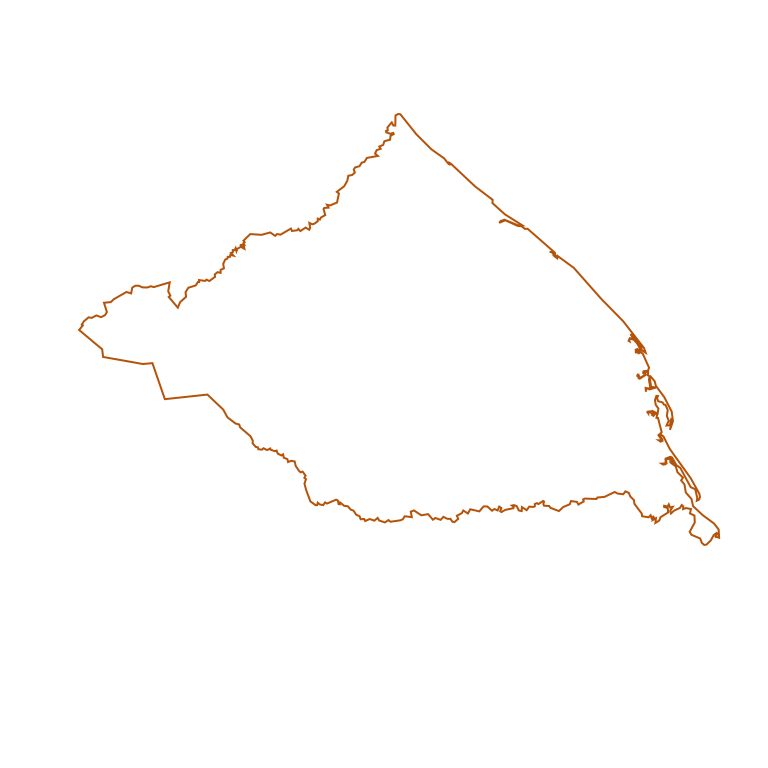 Antón, Coclé, Panama, rotated 252°
{"feature_id": "35544464B51577894822537", "entity_name": "Antón", "entity_type": "district", "adm_level": 2, "iso_a3": "PAN", "parent_name": "Panama", "parent_adm1": "Coclé", "projection": "mercator", "projection_center": [-80.226, 8.473], "detail": "fine", "context": "isolated", "style": "outline", "palette": "amber", "viewbox_px": 768, "rotation_deg": 252, "n_neighbors": 0, "source": "geoboundaries", "source_scale": "gbopen_adm2", "svg_char_len": 6167}
<svg xmlns="http://www.w3.org/2000/svg" viewBox="0 0 768 768"><g transform="rotate(252 384 384)"><path d="M145.6,629.8L139.3,637.0L134.6,637.2L132.0,638.8L131.6,641.1L134.2,646.4L138.5,651.0L139.5,654.3L138.4,654.6L135.8,651.5L136.1,652.7L134.2,655.2L142.2,657.3L149.3,654.8L160.6,646.7L172.3,640.2L179.6,640.9L187.6,637.5L195.6,638.7L200.5,636.8L202.6,639.4L209.6,635.8L215.4,636.1L220.8,632.2L222.3,632.4L224.1,634.3L225.3,628.9L221.2,628.2L220.7,626.9L221.1,624.5L222.5,623.4L221.5,627.3L226.0,628.7L226.3,633.8L225.1,635.2L216.6,637.0L212.6,639.9L191.1,643.8L187.7,647.5L178.7,646.7L176.3,645.4L176.6,647.7L178.6,649.5L182.1,650.0L199.2,646.7L234.0,635.7L247.6,633.6L250.8,631.4L248.9,630.4L245.4,631.6L243.9,631.3L243.7,629.3L245.6,627.8L244.5,631.0L250.5,629.2L252.3,633.2L267.1,634.1L267.6,632.7L270.5,634.3L272.2,633.2L270.4,630.4L271.8,629.4L273.0,631.9L274.6,631.2L273.9,629.3L275.8,626.6L274.5,626.2L275.9,625.8L276.1,626.9L275.7,629.0L274.4,629.8L275.5,630.9L271.3,635.1L275.9,637.4L280.2,636.0L284.9,636.7L289.2,639.9L287.0,639.1L288.4,641.7L286.6,639.4L283.0,639.4L280.3,643.3L278.0,643.8L277.1,645.3L271.5,645.8L266.3,643.1L261.1,643.5L257.2,639.9L256.4,643.1L261.6,646.2L260.6,646.7L252.0,641.8L259.3,647.3L268.8,649.1L284.9,646.5L298.2,642.0L302.9,642.3L308.5,640.0L306.8,638.4L298.8,637.2L296.6,641.4L296.8,634.9L299.1,632.0L295.7,630.7L299.4,631.6L297.8,634.6L298.5,636.2L306.4,637.3L309.2,639.1L310.6,637.7L313.7,638.8L315.2,635.2L311.9,636.0L310.0,628.9L311.1,627.9L313.7,628.6L312.9,626.8L314.4,628.1L313.4,629.0L310.8,628.5L311.3,632.5L312.4,635.3L314.6,633.9L315.9,634.8L315.1,639.3L317.6,641.1L332.7,639.5L335.1,637.9L334.5,636.2L335.0,635.5L338.4,635.5L338.3,634.4L335.8,634.4L336.2,633.3L338.8,634.0L339.0,635.7L337.4,636.7L335.1,636.0L335.5,637.0L338.6,638.4L344.4,637.3L348.8,635.3L350.9,632.7L350.2,630.7L348.7,630.7L349.5,630.0L351.6,632.0L349.7,635.4L355.3,633.8L347.0,637.9L339.5,640.0L336.4,639.6L332.9,642.5L337.8,642.4L369.7,630.9L398.1,616.8L435.8,600.4L452.6,588.3L452.8,586.3L451.2,588.2L450.0,587.6L452.9,585.6L456.9,584.8L458.5,582.4L457.4,585.1L453.7,586.6L456.1,587.1L487.3,568.5L488.0,565.9L491.7,563.4L492.9,560.2L502.2,550.0L501.7,543.4L503.0,545.4L503.0,549.4L493.5,560.5L492.1,564.6L508.0,551.4L522.6,543.0L525.5,544.3L543.7,531.7L572.3,516.0L575.4,513.6L571.8,515.0L573.4,513.4L580.2,510.8L592.4,501.7L611.6,491.9L635.5,482.9L636.4,480.9L635.8,477.9L626.3,474.6L626.9,472.8L630.4,472.2L626.9,466.5L624.1,466.0L624.0,464.1L622.7,463.9L620.1,467.2L619.9,470.4L618.7,470.5L618.0,466.9L614.5,465.3L614.8,459.4L611.6,457.1L611.3,452.9L608.7,453.5L608.7,449.3L605.9,446.7L602.8,448.6L604.3,437.6L601.3,434.1L601.4,431.2L598.7,428.0L598.9,423.4L597.3,421.5L594.1,421.6L592.6,418.2L593.1,414.4L588.6,411.9L584.4,407.3L581.3,398.5L579.1,400.0L571.1,395.4L570.5,387.8L572.1,385.2L568.9,385.7L569.9,381.6L569.1,380.6L562.8,380.3L561.8,375.4L560.2,373.8L561.7,372.1L559.3,371.3L558.0,367.5L558.0,365.2L560.3,362.8L555.3,362.0L553.8,360.5L557.0,357.8L555.3,351.7L558.0,350.5L557.0,349.1L558.0,343.7L560.6,343.5L558.0,331.7L559.7,328.6L558.5,326.3L563.3,322.6L563.7,313.7L567.9,303.1L563.7,294.6L562.0,295.3L561.3,293.7L559.5,294.2L560.8,289.9L558.3,293.3L555.7,293.0L558.7,290.3L557.9,286.2L556.0,284.8L559.1,284.9L557.4,283.2L558.1,281.6L556.0,280.9L555.9,278.9L552.6,280.5L554.2,277.7L552.5,276.7L553.2,274.6L551.7,273.9L551.4,271.4L547.9,268.2L543.5,267.5L543.0,263.9L540.2,262.9L541.8,260.3L540.5,256.9L538.1,256.4L535.9,249.7L538.1,247.4L537.3,245.8L540.0,240.2L538.1,239.7L538.5,238.6L535.9,235.3L536.0,227.6L532.6,223.6L528.1,222.7L524.8,215.3L520.3,211.5L533.3,206.2L534.0,208.1L538.8,207.4L546.9,211.6L547.3,195.0L549.0,192.5L548.9,188.8L550.6,184.0L553.3,181.1L554.3,177.7L553.5,174.4L548.3,171.5L551.1,167.4L548.1,153.1L546.3,149.5L547.8,142.8L538.1,142.7L535.7,140.0L535.0,135.6L538.1,131.6L537.2,126.5L538.7,123.7L536.4,118.0L533.8,114.9L532.8,115.7L529.6,110.7L504.1,126.7L496.5,125.2L477.5,160.9L475.4,170.2L437.3,170.9L428.5,212.8L409.3,223.2L400.7,224.8L392.3,230.6L390.2,233.8L387.2,233.8L375.5,240.9L370.7,241.7L368.1,240.7L363.8,242.6L362.8,244.4L360.7,244.4L359.3,247.7L360.1,249.6L357.3,252.4L357.8,255.9L356.6,255.8L353.8,259.4L353.9,261.3L350.7,261.4L347.8,264.2L348.3,266.3L344.9,265.9L342.4,268.9L339.4,268.7L339.7,271.8L338.0,275.1L333.3,274.7L327.5,276.4L325.8,277.4L325.8,279.5L321.1,281.1L319.4,279.3L317.6,280.4L313.9,277.6L307.7,277.2L295.1,277.7L289.9,281.5L289.5,283.0L291.6,284.3L289.3,285.7L287.6,288.7L289.6,291.4L287.9,292.9L288.8,302.7L287.5,304.1L283.8,303.7L283.2,304.8L284.8,305.7L280.5,308.4L278.8,311.9L275.0,313.4L272.9,315.9L268.4,317.1L265.7,319.9L262.6,320.0L261.7,323.5L259.5,323.8L260.0,328.7L257.0,332.6L258.6,336.6L255.6,337.3L252.1,342.1L253.2,346.2L251.0,347.6L249.3,357.4L249.5,360.0L251.8,362.9L248.8,369.3L254.3,370.0L254.5,373.4L247.6,378.9L246.6,385.7L239.8,388.6L240.7,391.4L237.3,395.9L239.3,399.4L236.2,402.6L235.2,405.5L231.9,406.5L230.9,408.3L232.8,412.9L236.2,412.6L237.1,418.1L239.2,420.3L234.9,423.8L238.2,427.3L233.4,435.3L236.8,440.9L235.6,444.4L230.1,447.6L231.0,450.4L228.6,453.0L231.8,455.7L229.7,457.3L227.2,455.2L225.9,456.1L226.8,460.4L225.9,468.7L227.0,469.3L228.9,468.1L228.7,470.1L226.8,472.5L222.1,473.1L220.6,475.7L224.3,477.1L219.9,480.7L222.5,484.2L220.9,488.2L221.0,489.6L223.3,490.4L223.4,492.7L222.1,493.7L223.6,499.2L222.7,499.9L220.6,498.4L218.8,498.6L216.9,503.4L214.8,504.0L209.1,511.1L211.6,516.4L212.2,523.5L214.9,525.7L212.2,531.1L209.3,531.6L210.6,537.7L212.7,537.7L213.0,539.5L209.0,550.5L210.1,551.9L208.5,558.8L210.0,570.0L207.5,572.5L205.2,577.5L207.3,580.4L204.7,583.2L200.9,583.5L196.2,585.9L192.7,585.1L181.1,589.1L178.5,588.6L175.5,594.4L176.8,597.0L173.6,597.0L174.7,599.0L173.9,599.4L171.6,597.7L172.3,601.1L168.0,599.2L169.1,603.6L171.9,605.8L174.0,614.5L178.3,615.5L180.5,612.4L181.6,612.8L179.8,615.9L181.5,617.7L178.2,617.9L177.9,620.6L174.9,617.0L172.2,616.9L173.9,620.6L174.7,627.2L176.9,629.8L175.2,630.8L172.6,629.8L172.7,632.9L170.2,637.3L166.3,635.0L163.0,638.6L156.3,636.8L148.9,629.0L145.6,629.8ZM222.9,634.8L222.6,633.3L221.0,632.8L217.7,635.1L222.9,634.8Z" fill="none" stroke="#b45309" stroke-width="2"/></g></svg>